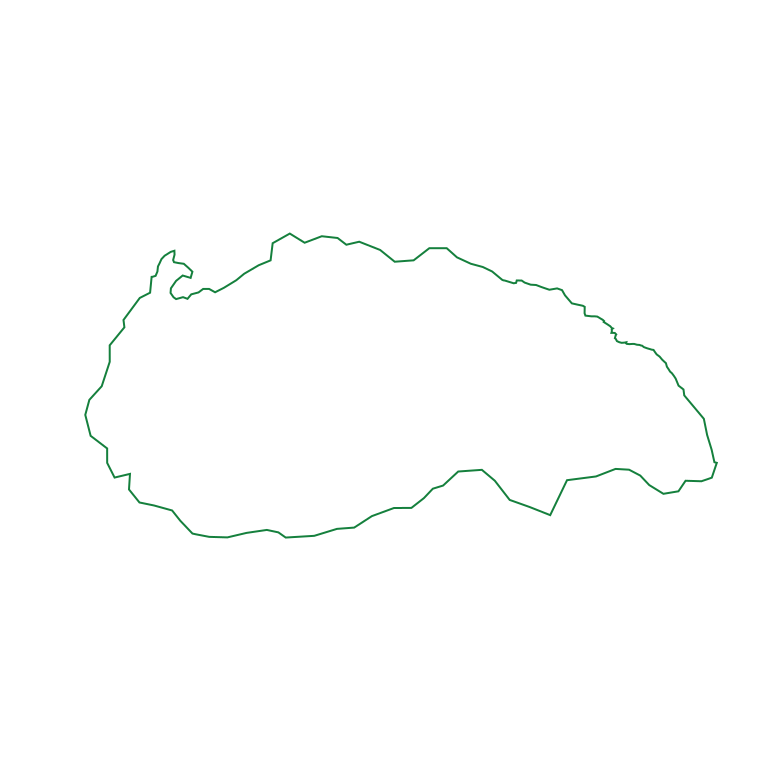 Arsos Lemesou, Limassol, Cyprus, rotated 73°
{"feature_id": "46923920B44205206050617", "entity_name": "Arsos Lemesou", "entity_type": "district", "adm_level": 2, "iso_a3": "CYP", "parent_name": "Cyprus", "parent_adm1": "Limassol", "projection": "natural_earth1", "projection_center": [32.763, 34.84], "detail": "fine", "context": "isolated", "style": "outline", "palette": "green", "viewbox_px": 768, "rotation_deg": 73, "n_neighbors": 0, "source": "geoboundaries", "source_scale": "gbopen_adm2", "svg_char_len": 2390}
<svg xmlns="http://www.w3.org/2000/svg" viewBox="0 0 768 768"><g transform="rotate(73 384 384)"><path d="M320.2,238.5L320.0,239.1L319.1,240.4L308.0,247.7L301.0,255.3L294.4,265.8L284.2,277.2L272.5,284.3L267.4,301.0L274.4,319.5L270.2,338.0L254.7,348.5L240.7,366.1L239.8,379.3L230.8,385.7L224.5,400.3L225.7,418.6L212.6,430.1L216.8,449.3L232.6,456.3L233.8,469.1L237.7,485.5L241.6,495.0L245.2,509.0L246.9,518.7L242.0,523.4L240.2,529.1L242.2,534.6L241.9,542.1L245.1,547.0L242.2,550.8L242.0,558.0L239.5,559.9L234.5,561.5L230.2,559.8L224.6,552.7L221.4,544.8L226.0,537.9L220.6,534.4L215.7,537.1L210.5,540.3L208.3,545.1L206.1,549.2L203.8,549.4L199.1,546.5L195.3,545.5L195.3,549.3L197.2,556.3L199.5,560.3L202.8,563.2L205.5,565.8L210.2,567.8L213.8,570.8L213.8,574.0L213.6,574.9L228.3,581.0L230.3,592.4L246.6,614.4L253.9,615.7L266.8,635.0L282.6,639.8L303.6,654.6L313.0,670.4L326.2,678.7L347.8,679.7L364.7,667.6L378.5,671.8L394.7,669.0L395.7,653.2L410.3,658.7L425.8,652.5L432.9,639.5L443.0,623.6L455.2,618.8L471.0,610.9L472.6,608.1L479.1,595.8L484.9,578.6L486.2,559.0L489.3,538.7L495.0,528.4L502.1,522.9L508.8,495.1L508.8,471.3L512.6,454.5L506.8,434.2L505.5,410.8L510.5,394.0L504.8,379.2L498.4,367.9L498.4,357.2L489.4,338.6L494.7,315.5L508.9,306.3L531.6,297.7L544.3,280.6L558.0,263.4L529.5,237.1L534.4,208.3L532.9,187.4L537.6,174.7L546.5,165.7L558.2,159.9L570.7,148.9L572.7,133.8L564.7,123.9L569.8,108.9L569.6,102.2L569.4,97.9L556.7,88.8L555.4,90.9L542.8,89.9L527.2,89.9L510.8,88.3L482.7,100.2L476.8,99.2L471.7,102.8L464.1,103.5L461.0,104.4L457.9,105.5L455.8,106.8L453.1,107.5L450.2,108.4L446.5,108.3L444.3,109.6L442.0,110.9L438.4,112.4L435.4,114.6L433.1,115.4L430.2,116.3L429.4,118.0L428.5,119.3L426.8,121.9L424.7,124.7L422.8,126.0L422.2,127.2L421.4,128.1L420.4,130.6L418.8,133.1L418.2,135.2L417.6,137.7L416.6,140.1L415.9,140.6L414.9,140.0L414.8,141.6L414.1,144.7L412.8,146.8L411.1,148.7L408.6,149.2L407.7,149.8L405.2,148.2L404.5,147.4L402.6,148.4L401.6,151.6L400.0,150.6L398.4,150.3L397.8,148.9L397.1,149.8L395.0,150.7L392.4,152.8L388.9,155.8L388.2,155.1L386.8,155.9L381.9,160.3L380.9,162.7L380.0,165.7L377.5,171.4L375.0,171.5L368.9,169.5L367.3,171.0L364.7,175.7L361.8,180.8L352.1,185.0L346.3,186.3L343.2,190.5L342.2,198.3L339.7,201.8L337.3,205.1L333.8,209.6L331.9,214.7L328.1,219.9L325.3,222.1L323.8,226.8L325.9,228.1L325.6,230.5L320.2,238.5Z" fill="none" stroke="#15803d" stroke-width="2"/></g></svg>